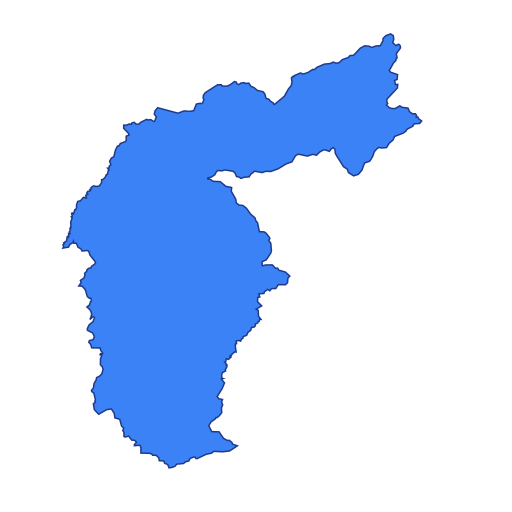 Sam Ngao, Tak, Thailand (Mercator projection), rotated 78°
{"feature_id": "78962969B22995817485860", "entity_name": "Sam Ngao", "entity_type": "district", "adm_level": 2, "iso_a3": "THA", "parent_name": "Thailand", "parent_adm1": "Tak", "projection": "mercator", "projection_center": [98.845, 17.483], "detail": "fine", "context": "isolated", "style": "filled", "palette": "blue", "viewbox_px": 512, "rotation_deg": 78, "n_neighbors": 0, "source": "geoboundaries", "source_scale": "gbopen_adm2", "svg_char_len": 6040}
<svg xmlns="http://www.w3.org/2000/svg" viewBox="0 0 512 512"><g transform="rotate(78 256 256)"><path d="M437.8,313.7L435.1,318.1L433.3,318.3L430.7,320.5L430.4,322.5L427.6,325.7L420.3,328.7L418.6,335.8L412.2,337.5L408.9,334.4L406.8,329.6L405.8,328.9L406.0,327.8L404.7,325.2L402.1,322.1L397.4,321.4L394.6,319.5L391.8,320.1L389.4,318.6L387.9,321.9L385.5,323.3L378.8,316.8L373.6,313.2L369.0,315.5L369.0,313.8L368.5,314.6L366.0,314.5L363.2,313.3L362.1,309.6L360.9,309.7L358.2,307.4L356.5,307.1L356.5,307.9L354.8,307.6L353.2,308.8L352.9,307.5L350.3,306.4L351.4,304.5L350.6,302.8L349.4,302.6L349.7,301.7L348.1,301.8L348.4,300.9L346.8,299.7L345.4,296.7L345.8,295.4L340.1,295.0L337.8,294.4L337.7,293.2L335.2,293.1L334.9,290.9L336.1,288.8L334.2,287.6L333.9,286.0L332.2,285.4L331.6,281.6L329.0,279.8L327.7,276.7L325.0,275.3L325.1,272.5L324.1,271.1L322.4,270.8L321.8,268.1L320.7,267.6L320.4,266.3L318.5,265.5L318.9,264.4L315.4,266.1L309.6,265.1L308.0,267.0L306.0,260.8L301.0,264.0L296.8,262.9L296.9,260.8L293.6,261.2L294.3,256.1L292.7,255.1L291.1,251.4L292.9,249.7L291.1,247.5L292.0,243.5L288.7,240.2L290.2,233.1L288.7,230.7L284.3,229.4L282.7,227.1L277.8,230.6L274.5,236.8L272.5,237.2L272.0,239.5L268.1,241.9L266.8,248.2L266.9,251.9L262.9,251.3L261.9,246.8L256.3,241.0L254.0,239.8L246.6,238.9L243.3,240.3L241.8,238.8L240.7,239.0L235.9,241.3L234.1,243.0L232.9,247.6L223.7,247.6L221.6,248.8L218.4,249.1L214.0,252.5L207.2,255.5L203.8,258.4L202.7,261.9L200.1,264.2L196.1,264.0L187.7,266.7L183.9,265.6L181.7,270.9L175.8,275.6L174.0,282.5L171.4,284.9L170.8,287.0L169.6,287.0L169.5,283.1L168.0,279.4L165.3,277.2L164.5,275.5L165.6,271.7L165.4,268.4L168.4,260.7L171.0,259.1L174.3,258.5L175.1,256.3L177.0,254.6L176.5,251.1L177.2,246.3L175.0,244.2L172.8,239.6L175.7,232.6L175.2,228.8L176.4,223.9L175.3,216.2L172.2,207.4L171.4,201.3L166.3,196.7L165.3,194.6L165.6,192.4L169.0,184.9L168.3,179.4L170.0,175.9L167.6,172.2L166.4,168.4L166.4,166.6L168.9,162.5L166.7,159.9L166.1,157.9L168.1,156.6L171.7,157.1L174.5,156.4L186.9,151.8L190.0,148.7L193.7,148.2L197.9,143.8L197.4,138.9L194.1,134.6L187.6,130.5L186.9,125.0L182.9,121.2L178.5,118.5L176.0,115.1L175.4,113.0L176.5,110.6L177.1,105.8L173.3,102.1L171.0,97.8L167.9,95.6L166.4,86.5L165.0,83.4L163.4,81.9L161.7,75.8L159.6,73.8L160.4,68.4L158.4,65.9L155.5,68.4L153.8,68.7L153.3,70.4L151.8,69.7L150.0,70.5L149.4,73.5L146.8,75.8L142.9,76.6L140.9,82.3L139.0,84.1L140.7,89.3L139.9,92.6L138.5,94.9L135.3,97.0L134.2,95.5L132.2,96.0L129.8,95.3L121.0,82.7L117.6,81.7L117.4,83.9L113.2,84.0L112.6,81.2L108.0,79.8L104.3,86.0L102.4,87.1L95.8,81.4L93.9,78.5L92.6,78.3L91.6,76.8L87.3,76.7L82.5,71.4L80.3,71.2L78.5,72.4L79.2,75.5L75.7,77.9L72.7,76.2L69.0,75.9L66.7,78.2L67.4,83.0L69.6,86.5L71.8,87.0L76.2,90.8L75.5,94.6L76.0,99.8L74.3,101.7L73.0,106.0L74.4,110.8L80.0,118.9L79.5,122.4L81.1,124.7L81.8,130.6L84.3,134.8L83.9,137.9L82.4,140.0L83.2,143.6L82.5,149.2L84.1,157.2L85.8,160.1L85.3,161.8L87.4,167.3L87.8,172.0L86.2,174.5L87.6,181.3L88.4,181.6L88.0,182.6L89.1,184.3L93.3,184.6L96.7,186.2L99.4,189.6L105.7,195.1L111.5,206.2L111.4,207.0L110.0,207.2L107.5,209.8L105.4,210.7L103.9,213.4L99.3,213.7L96.8,214.9L94.3,220.3L90.9,222.9L88.9,225.7L85.4,227.1L85.0,230.6L84.0,231.4L83.7,234.9L84.8,236.7L83.8,238.7L81.7,239.2L80.9,240.8L83.1,245.6L83.8,249.2L82.7,253.8L81.3,254.3L80.5,257.9L85.7,271.8L88.0,274.1L90.5,274.9L92.0,274.4L95.2,276.3L95.7,277.6L95.0,278.8L95.0,282.8L100.9,286.7L100.7,291.0L99.1,296.2L100.1,302.6L90.5,321.4L93.0,324.5L96.0,326.0L99.2,324.6L103.1,327.1L103.1,328.2L100.7,330.6L100.5,333.5L99.6,334.4L101.3,341.2L102.7,343.1L102.1,345.9L99.9,347.3L100.1,349.8L101.3,350.5L100.5,352.5L101.1,355.6L100.5,358.2L103.6,358.9L109.5,355.2L111.3,355.1L111.8,358.1L116.0,358.9L117.0,360.1L117.7,365.3L119.7,367.0L119.7,368.7L123.4,371.6L129.3,374.4L130.1,377.0L132.8,379.5L136.7,379.0L137.6,380.9L139.2,381.2L139.2,382.9L141.2,381.8L141.4,382.6L145.3,384.5L145.4,385.7L147.1,386.6L149.1,389.2L149.3,391.2L152.3,391.8L154.9,394.8L154.8,397.7L153.6,400.4L154.8,403.2L156.2,403.2L156.4,404.7L157.3,404.3L158.0,405.1L157.8,407.1L159.2,408.5L160.7,407.7L161.1,409.9L164.0,409.9L162.7,412.6L165.4,416.1L165.6,419.0L168.6,420.9L171.7,421.6L173.1,422.8L173.0,423.6L176.9,425.7L175.7,426.7L175.9,427.5L178.7,427.4L179.3,428.6L180.3,427.8L184.5,430.3L187.7,430.6L189.3,431.6L190.1,431.1L190.7,432.4L192.4,432.4L193.6,433.6L195.4,433.2L195.0,434.7L196.8,434.7L197.6,436.0L197.8,435.2L198.8,435.5L198.9,437.1L201.8,438.2L203.1,441.3L204.1,440.9L204.7,442.4L207.1,442.3L208.1,443.2L208.3,437.4L206.1,435.9L204.9,432.4L203.6,431.5L205.6,431.6L206.3,429.0L210.4,428.3L212.6,425.8L215.0,425.1L215.5,420.1L216.5,418.7L220.6,418.2L228.7,414.2L230.5,415.6L231.8,419.0L233.2,419.7L233.3,422.5L234.4,424.3L235.8,424.8L237.3,427.3L239.1,427.2L241.9,429.1L243.3,432.8L245.7,432.6L248.5,435.6L249.4,432.3L253.4,430.0L260.6,429.4L262.7,427.8L263.0,426.3L265.7,426.3L266.4,427.5L269.2,429.0L270.7,432.0L274.0,429.6L277.0,428.8L279.6,429.1L283.6,431.6L281.3,428.0L282.8,426.8L286.2,428.9L288.7,433.6L292.1,436.2L293.7,436.3L297.4,431.7L301.4,430.9L304.1,432.9L304.0,436.5L305.6,437.5L308.1,436.1L311.7,435.8L313.6,427.5L316.0,427.5L319.2,426.1L319.8,426.5L319.2,428.4L320.1,429.1L321.2,427.6L324.5,429.6L330.1,430.8L332.3,429.4L334.9,429.1L339.1,431.2L340.9,433.8L341.8,437.2L344.1,438.2L347.0,440.9L351.4,442.5L353.2,444.9L354.5,444.8L356.4,443.1L363.2,443.0L364.5,443.8L365.6,443.4L366.7,445.8L372.6,446.1L378.1,442.8L375.2,433.9L375.6,429.2L380.6,427.4L385.0,427.7L387.4,423.2L394.2,422.9L396.8,421.2L399.0,422.6L401.1,421.8L405.0,422.7L405.9,421.6L405.7,418.0L410.2,415.9L411.1,413.0L413.3,411.6L415.3,414.3L416.3,414.4L416.9,409.0L419.6,408.4L424.8,409.6L427.0,400.8L428.1,399.1L429.4,398.6L430.2,395.1L433.3,393.0L436.1,393.2L437.3,388.8L439.7,388.5L441.6,385.7L445.2,385.1L445.3,381.1L444.7,378.7L443.1,376.9L443.9,370.0L442.7,367.8L442.5,364.3L440.2,362.4L439.7,358.5L439.9,357.5L441.7,356.8L441.9,355.7L439.6,345.9L439.6,340.4L438.3,337.9L440.6,329.2L441.2,322.3L437.8,313.7Z" fill="#3b82f6" stroke="#1e3a8a" stroke-width="1.5"/></g></svg>